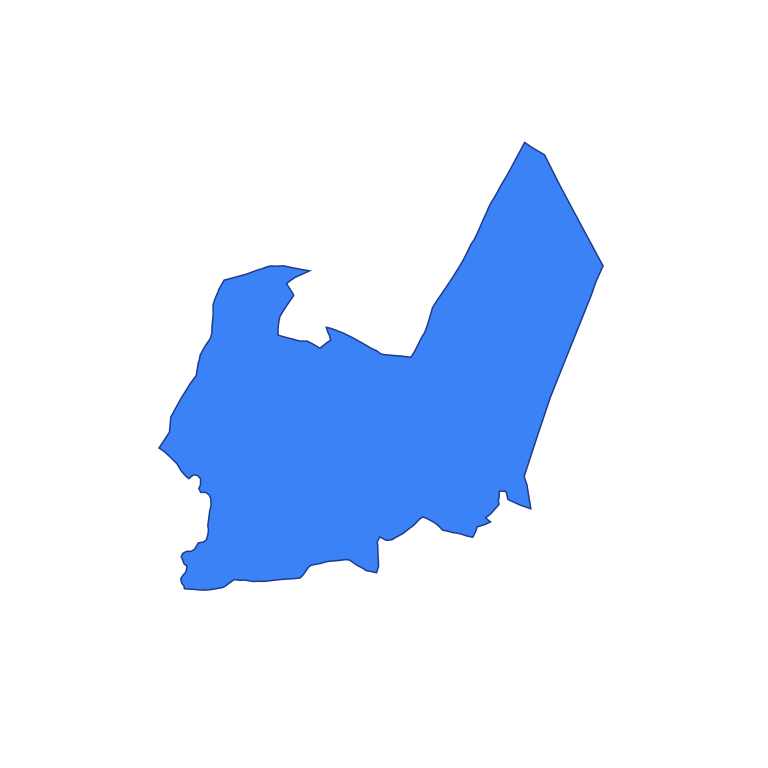 Sinjar, Ninawa, Iraq, rotated 122°
{"feature_id": "34846034B46284853096134", "entity_name": "Sinjar", "entity_type": "district", "adm_level": 2, "iso_a3": "IRQ", "parent_name": "Iraq", "parent_adm1": "Ninawa", "projection": "albers", "projection_center": [41.933, 36.336], "detail": "fine", "context": "isolated", "style": "filled", "palette": "blue", "viewbox_px": 768, "rotation_deg": 122, "n_neighbors": 0, "source": "geoboundaries", "source_scale": "gbopen_adm2", "svg_char_len": 3171}
<svg xmlns="http://www.w3.org/2000/svg" viewBox="0 0 768 768"><g transform="rotate(122 384 384)"><path d="M557.5,540.9L557.7,534.7L559.3,526.2L561.4,517.2L565.2,509.8L567.1,503.6L567.7,499.3L563.9,498.2L561.4,496.6L560.4,493.5L561.7,489.2L567.0,486.1L570.8,485.7L573.0,481.8L570.4,477.9L570.7,473.6L572.9,470.1L578.9,466.2L583.6,464.7L588.0,462.7L593.9,460.0L597.4,458.4L601.1,455.3L605.8,453.3L610.2,452.1L613.7,453.3L617.1,457.2L621.2,457.2L624.6,457.1L628.4,459.1L630.3,462.6L634.4,464.9L637.9,464.5L640.0,461.4L642.5,458.2L642.8,454.7L645.0,453.6L648.5,452.4L652.9,453.2L656.9,453.1L660.1,450.0L661.3,446.5L663.4,444.8L660.7,439.5L659.7,438.0L656.6,431.7L653.1,425.7L648.8,420.3L646.8,418.2L644.6,415.8L643.4,414.3L641.0,412.2L629.3,407.4L626.6,401.7L624.2,398.4L620.8,390.3L618.1,386.4L614.9,381.0L613.2,378.9L603.9,367.2L597.1,357.6L594.0,353.7L592.5,352.2L587.9,351.3L579.7,351.0L576.3,349.8L570.2,343.2L564.1,337.5L558.5,330.0L554.6,325.1L554.3,324.8L553.4,323.7L551.7,320.4L551.7,317.6L552.0,310.4L551.5,304.1L551.7,300.2L550.2,296.6L548.0,290.3L545.6,290.9L541.3,292.1L531.8,298.7L523.6,304.2L521.9,306.0L515.9,306.6L515.4,299.4L513.2,296.3L511.5,294.5L508.4,293.0L505.2,291.2L500.9,288.8L491.9,285.5L488.3,284.0L479.8,282.2L476.2,280.7L475.4,276.2L475.0,271.1L474.9,266.6L475.4,262.4L476.9,256.7L475.4,253.1L473.7,247.3L472.3,244.3L471.3,241.9L470.1,238.0L469.1,233.5L467.9,230.2L466.9,227.5L460.4,228.1L455.8,229.3L453.2,226.9L448.8,223.3L444.5,220.6L444.0,224.8L443.5,226.9L437.9,224.8L431.2,223.6L427.8,223.0L425.1,222.7L422.0,225.4L419.8,226.0L413.8,229.3L412.1,226.9L410.6,223.9L411.8,222.1L415.0,219.0L416.2,217.8L416.0,215.4L414.8,206.4L414.5,204.0L412.0,193.4L393.8,209.3L388.3,216.1L348.4,226.0L337.9,228.5L306.9,235.9L269.9,242.6L225.4,250.5L198.3,255.4L185.3,258.4L167.8,260.8L142.6,304.9L135.5,317.3L122.3,340.2L104.6,369.3L105.0,384.3L104.6,392.7L113.7,392.1L116.3,391.9L122.4,391.6L133.1,390.8L143.5,390.2L148.6,390.2L155.6,390.0L163.4,389.4L175.3,389.2L180.4,388.6L183.3,388.0L192.7,386.9L200.3,385.7L206.8,384.8L213.8,384.0L219.2,384.3L229.8,383.1L237.4,382.5L243.4,382.3L252.6,382.3L261.1,382.3L270.6,382.7L284.9,383.3L293.6,383.3L301.6,381.0L310.3,378.6L317.1,377.1L319.1,376.8L322.5,376.8L327.3,376.5L340.2,375.3L347.0,375.3L351.3,384.4L354.9,391.3L358.8,399.1L360.2,402.5L359.7,407.6L360.5,413.6L360.7,422.6L361.4,435.6L362.4,445.5L363.6,451.8L364.0,454.2L365.2,459.3L366.5,463.0L369.4,459.6L371.8,456.0L375.0,452.4L377.6,453.6L379.6,454.5L387.6,457.3L387.8,466.0L388.3,471.7L392.4,478.6L394.1,484.7L396.1,490.7L398.7,499.7L395.1,502.1L391.2,504.2L387.3,506.0L381.7,508.1L370.3,508.1L356.9,507.5L355.5,509.3L350.6,519.8L345.5,518.0L340.6,515.9L332.1,510.1L327.5,507.1L329.8,512.7L333.7,522.7L336.9,531.6L341.8,538.8L344.0,542.8L347.0,545.6L350.8,548.4L354.4,551.7L360.6,556.5L363.2,558.5L370.3,564.9L376.8,571.0L380.6,574.6L391.4,574.2L394.9,573.4L397.8,573.0L402.4,572.2L407.3,571.0L415.4,565.8L419.3,563.8L426.7,560.2L431.9,557.0L437.4,555.4L447.5,555.8L456.6,555.3L461.8,553.3L464.0,552.9L476.3,547.7L485.1,548.5L503.6,548.5L525.0,547.3L538.6,540.4L553.2,540.8L557.5,540.9Z" fill="#3b82f6" stroke="#1e3a8a" stroke-width="1.5"/></g></svg>